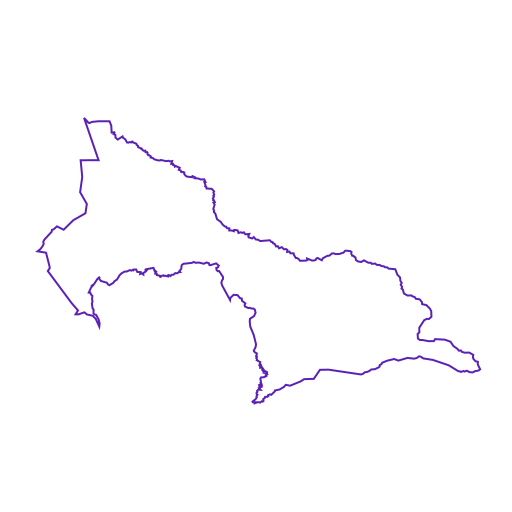 outline of Kapenguria, Rift Valley, Kenya, rotated 87°
{"feature_id": "3690345B82211082616386", "entity_name": "Kapenguria", "entity_type": "district", "adm_level": 2, "iso_a3": "KEN", "parent_name": "Kenya", "parent_adm1": "Rift Valley", "projection": "natural_earth1", "projection_center": [35.164, 1.55], "detail": "fine", "context": "isolated", "style": "outline", "palette": "violet", "viewbox_px": 512, "rotation_deg": 87, "n_neighbors": 0, "source": "geoboundaries", "source_scale": "gbopen_adm2", "svg_char_len": 6113}
<svg xmlns="http://www.w3.org/2000/svg" viewBox="0 0 512 512"><g transform="rotate(87 256 256)"><path d="M260.1,464.7L293.1,442.8L301.1,436.6L304.8,439.2L305.0,436.5L303.3,430.3L305.6,427.8L307.1,422.2L310.5,419.3L318.3,416.2L315.3,415.7L311.3,416.4L306.4,418.8L305.8,420.5L304.7,421.3L301.0,421.0L299.9,421.9L295.1,422.4L292.5,421.6L290.9,422.0L287.3,421.5L285.5,423.0L284.0,423.3L283.8,424.9L278.6,422.2L277.1,420.6L276.8,421.1L275.7,419.3L270.6,415.6L268.6,413.1L270.3,414.0L272.8,412.2L274.9,406.3L276.6,405.4L277.5,403.9L275.3,399.8L274.0,399.0L272.2,396.0L267.9,393.1L266.2,391.1L264.7,388.0L264.7,385.8L263.5,382.7L264.1,381.2L263.6,380.3L263.9,379.3L263.1,379.0L263.2,376.4L265.7,375.4L266.0,372.1L267.9,372.6L267.4,371.0L268.6,369.5L267.1,369.5L265.8,367.0L264.6,365.9L264.0,367.1L263.5,366.7L262.5,359.0L265.8,358.0L266.2,357.6L265.7,357.2L266.5,356.5L267.0,357.4L268.3,357.6L268.6,356.1L269.9,356.0L270.6,353.2L271.7,352.9L271.9,352.4L271.1,352.1L270.5,349.5L271.2,348.8L270.9,347.9L271.8,344.9L270.6,344.8L270.4,344.1L271.6,342.5L270.4,341.4L270.3,339.3L268.9,337.6L269.1,335.3L268.1,334.1L268.1,332.5L266.9,333.2L265.1,331.4L261.3,330.7L260.0,328.9L259.5,320.4L258.7,318.4L259.6,316.8L259.6,313.2L261.0,308.5L259.9,305.6L260.8,303.4L262.6,303.0L262.8,302.1L261.3,296.2L263.6,293.7L265.4,294.7L265.8,296.3L268.0,296.1L269.2,294.9L269.1,293.6L275.3,290.0L277.3,290.2L278.7,291.3L281.2,292.0L284.0,291.2L298.6,284.2L296.5,283.8L293.6,280.4L294.1,276.5L297.4,274.0L297.7,272.5L300.0,272.3L302.8,269.1L304.5,270.0L305.8,269.7L307.6,266.4L307.4,265.0L308.2,263.3L308.4,261.2L309.4,260.0L312.7,259.4L315.9,261.1L318.4,265.3L321.1,265.7L326.2,265.4L334.8,262.4L344.1,260.6L346.7,261.1L350.6,263.2L352.2,262.1L353.2,260.4L354.5,260.3L355.8,261.2L356.8,260.3L357.7,261.1L359.3,260.3L360.1,260.7L362.2,257.3L364.9,258.2L364.7,257.0L366.0,256.5L366.6,256.6L366.3,257.7L367.9,257.7L367.5,255.8L369.8,254.4L369.8,255.7L370.4,255.7L371.6,254.5L372.5,254.5L371.5,252.8L372.6,251.0L373.2,251.0L374.0,252.6L374.9,251.1L376.1,252.5L376.6,252.2L377.5,254.7L377.5,257.3L378.7,258.1L382.0,257.6L382.9,258.2L383.6,257.3L385.9,256.8L386.3,257.2L384.9,258.6L385.0,259.6L386.8,259.4L387.3,258.2L388.0,259.9L389.8,258.5L389.4,260.6L390.8,262.0L391.7,261.7L392.6,262.6L394.0,262.5L394.6,261.8L396.2,262.9L397.1,262.6L399.1,264.0L401.2,267.1L402.1,266.6L402.0,264.4L402.9,264.7L402.0,261.7L402.6,259.5L401.4,258.0L401.8,256.9L401.2,256.1L399.3,256.3L398.3,254.7L397.1,254.2L397.2,251.9L396.6,251.1L395.7,251.3L394.9,249.3L395.4,248.0L392.2,244.3L391.3,244.1L390.5,239.3L388.1,234.8L386.2,233.0L387.3,228.7L383.6,218.1L381.5,214.3L381.7,204.7L373.0,198.1L373.3,189.5L379.8,157.3L379.1,155.0L377.9,153.7L377.6,151.1L376.6,148.5L375.4,147.0L375.2,143.0L373.6,139.3L373.0,138.4L371.4,138.2L370.6,136.4L369.2,135.6L367.4,130.4L366.1,123.4L367.9,119.3L365.7,110.1L366.8,103.6L366.3,100.8L364.7,98.4L365.4,96.3L367.0,94.4L369.0,84.9L375.2,69.3L381.7,59.9L381.9,58.2L382.5,57.5L381.7,54.7L382.3,53.9L381.6,51.3L383.1,49.1L383.6,45.8L382.5,43.3L382.0,39.7L380.9,38.1L375.8,40.2L373.2,40.0L372.6,42.3L370.1,44.3L368.2,44.7L366.1,44.2L363.6,48.1L363.5,52.5L362.6,55.3L361.0,56.4L361.2,58.3L359.2,59.8L356.2,63.6L351.8,66.2L349.4,71.9L348.4,81.5L350.3,82.8L350.1,88.0L348.6,94.2L348.5,96.7L346.9,98.6L342.4,98.7L340.8,96.9L336.2,96.7L328.9,91.4L327.7,88.6L328.0,86.7L325.9,84.0L320.2,83.9L317.5,85.2L313.9,88.5L312.8,92.6L310.7,92.7L307.8,94.9L307.1,98.6L305.3,99.7L304.4,102.0L303.5,102.8L303.4,106.8L301.2,110.2L297.0,111.2L296.2,112.4L294.3,111.7L292.3,113.0L290.5,111.9L288.3,113.1L284.9,113.3L282.1,115.8L276.5,117.6L275.5,124.3L274.2,125.6L274.0,127.7L273.0,128.8L272.6,131.4L271.4,132.9L271.2,135.9L269.8,137.3L269.9,140.7L268.7,141.8L268.6,144.2L266.0,148.4L267.5,151.3L266.8,154.3L265.3,156.4L262.5,156.8L261.9,158.0L260.9,158.6L260.8,159.9L258.6,160.8L257.0,160.4L256.1,161.5L255.4,165.7L255.5,166.8L257.2,168.4L258.3,172.5L258.3,176.2L257.4,178.5L257.5,180.1L259.5,182.8L259.6,184.8L261.7,189.3L263.7,190.5L261.2,194.6L261.6,195.8L263.2,196.8L263.5,198.7L263.5,200.2L261.2,205.1L262.7,204.9L263.2,206.0L263.1,212.3L261.1,213.7L260.1,215.3L260.1,216.3L257.1,218.0L255.3,218.3L255.1,221.5L253.3,222.4L253.6,224.7L251.5,224.4L250.6,225.8L250.8,227.7L248.5,229.8L249.5,232.6L247.3,233.7L247.5,235.5L245.0,236.6L244.1,238.4L243.0,238.7L242.8,239.9L241.0,241.4L241.3,251.1L239.9,252.9L239.5,255.3L237.0,257.2L238.3,258.9L237.0,262.3L235.7,262.7L233.6,261.6L233.8,265.5L231.7,266.9L232.2,268.3L231.5,270.3L232.1,272.3L229.5,273.0L228.8,275.6L229.0,276.7L230.1,276.8L229.2,279.1L229.1,281.4L227.0,281.2L226.7,283.6L225.2,284.2L224.9,285.5L222.9,287.7L220.1,289.4L217.2,293.0L211.5,294.4L209.8,295.8L208.4,295.4L206.9,296.2L202.4,294.6L200.6,295.7L200.1,294.3L198.5,295.0L198.2,295.8L197.3,295.5L196.4,296.1L194.5,294.9L193.7,295.5L192.5,294.5L190.7,295.2L189.3,294.5L186.6,296.7L186.0,301.9L184.5,302.0L183.8,303.1L182.9,302.7L179.4,303.7L179.4,302.6L176.7,303.7L176.7,307.1L175.6,309.6L175.2,312.7L175.1,313.2L174.3,312.7L172.9,315.3L174.0,315.7L173.1,320.7L172.2,322.1L170.1,323.5L168.9,323.2L168.2,324.4L168.3,326.2L166.6,326.8L165.9,328.6L163.9,327.6L162.0,331.3L162.5,332.4L161.2,332.7L160.7,334.1L159.6,334.1L159.6,335.8L156.8,334.8L157.0,337.1L156.3,338.4L156.6,340.8L155.1,346.0L155.6,346.9L155.2,349.6L154.0,352.7L152.8,353.9L152.1,356.1L151.1,355.8L149.7,357.5L149.7,358.3L148.8,359.0L147.1,358.9L146.6,359.2L146.5,360.9L145.0,361.0L145.1,362.6L143.2,364.8L142.7,364.6L141.2,368.0L139.8,368.1L138.9,369.3L137.6,369.6L136.0,373.2L135.3,373.3L135.3,374.0L136.1,374.8L135.6,376.4L136.1,377.3L135.9,378.9L132.8,380.3L130.8,382.7L129.6,383.0L132.5,388.0L130.4,390.1L127.8,390.1L126.8,391.8L125.5,390.8L125.0,391.1L125.2,393.7L118.3,393.7L113.8,395.2L113.2,406.1L113.5,412.7L114.5,415.4L114.2,416.3L109.1,420.5L152.1,408.2L151.2,426.1L168.0,425.4L183.1,428.3L195.2,422.2L204.4,424.1L210.7,436.6L219.7,446.7L216.0,453.2L218.7,456.6L219.3,458.4L221.1,458.8L228.6,466.5L230.7,467.7L232.9,467.4L234.7,468.4L237.7,470.8L239.9,473.9L241.7,465.5L255.7,462.7L257.5,462.7L260.1,464.7Z" fill="none" stroke="#5b21b6" stroke-width="2"/></g></svg>